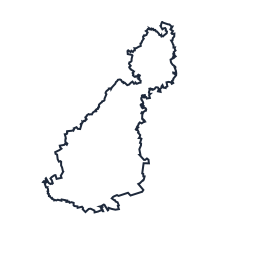 outline of Cienaga De Oro, Córdoba, Colombia, rotated 224°
{"feature_id": "7082276B90107957997642", "entity_name": "Cienaga De Oro", "entity_type": "district", "adm_level": 2, "iso_a3": "COL", "parent_name": "Colombia", "parent_adm1": "Córdoba", "projection": "mercator", "projection_center": [-75.574, 8.811], "detail": "fine", "context": "isolated", "style": "outline", "palette": "slate", "viewbox_px": 256, "rotation_deg": 224, "n_neighbors": 0, "source": "geoboundaries", "source_scale": "gbopen_adm2", "svg_char_len": 5959}
<svg xmlns="http://www.w3.org/2000/svg" viewBox="0 0 256 256"><g transform="rotate(224 128 128)"><path d="M85.2,105.6L86.2,105.2L92.3,113.5L88.4,117.1L91.2,119.4L93.2,119.2L93.5,117.0L94.3,116.2L101.0,116.6L100.4,117.3L105.1,120.6L106.6,124.5L107.8,125.9L109.0,125.6L110.9,129.6L111.9,129.3L113.1,128.4L113.2,129.4L114.3,131.4L117.4,131.6L117.6,131.7L117.6,132.5L120.2,133.4L120.6,132.4L121.4,132.4L121.7,133.8L121.1,134.6L121.1,135.6L122.3,135.3L122.9,138.2L123.3,138.5L123.4,140.2L121.4,140.8L121.1,142.5L120.2,144.3L121.4,144.3L121.4,144.8L123.2,144.8L123.4,144.3L124.2,144.4L126.8,147.3L127.4,148.5L127.9,148.4L128.6,147.9L129.0,148.9L127.8,149.8L128.1,150.4L127.6,151.9L127.8,152.6L127.2,153.0L127.8,154.0L128.7,154.4L131.2,154.0L131.3,153.3L130.8,153.2L131.3,152.3L132.5,152.5L132.3,154.8L133.7,154.8L133.4,153.2L134.3,153.0L135.0,153.5L135.0,154.4L133.9,155.8L134.3,156.5L135.8,157.3L138.1,157.7L138.2,158.2L139.2,158.6L139.8,160.5L140.5,161.0L140.3,161.5L138.2,160.8L137.7,161.1L138.1,162.2L138.5,162.1L139.2,162.9L138.8,163.4L137.0,162.1L136.3,162.9L135.0,162.2L133.1,164.8L135.7,166.3L135.6,168.2L136.3,167.5L137.6,168.0L138.4,169.3L138.5,170.1L139.9,171.1L139.3,172.0L138.4,171.9L138.1,172.0L138.5,172.3L137.3,173.1L136.7,172.8L136.4,173.2L136.0,174.7L136.3,176.4L135.8,177.1L134.6,177.9L132.9,177.5L131.9,175.2L129.7,176.6L132.0,178.2L131.9,180.6L132.8,181.2L133.0,182.8L130.5,181.7L128.8,182.8L129.3,183.2L128.6,185.3L132.0,187.6L131.0,189.2L128.9,190.7L127.2,190.2L126.7,191.8L127.4,192.1L128.4,191.7L129.1,192.5L128.9,194.1L129.7,195.1L129.9,198.4L130.4,199.2L130.1,199.5L130.3,199.8L131.0,200.2L131.6,199.3L132.5,199.3L133.3,198.8L134.0,199.3L131.7,201.2L133.2,202.4L136.5,203.9L136.0,204.5L136.3,204.8L138.3,204.8L139.7,204.5L141.7,204.8L142.8,205.2L144.7,206.6L144.9,206.8L143.9,209.7L144.7,209.7L144.9,210.4L143.9,210.4L143.5,212.6L145.1,212.6L145.6,211.8L146.9,212.8L146.4,213.6L147.8,214.3L147.7,216.8L148.6,217.0L149.8,217.7L150.2,218.6L151.2,217.5L152.9,219.3L153.6,219.3L155.0,220.1L157.7,220.9L156.9,222.0L158.2,223.8L158.3,225.9L160.2,228.1L161.5,226.3L162.6,226.4L163.1,229.0L166.0,228.4L166.6,230.2L166.1,230.3L166.1,230.6L166.5,231.9L167.2,231.2L170.0,231.3L171.4,230.3L175.8,228.2L176.9,228.1L177.1,227.8L176.4,226.0L175.3,224.4L175.5,224.0L171.8,222.9L171.4,224.7L170.7,225.7L169.4,225.4L168.5,224.2L167.0,224.5L166.0,223.0L166.5,219.2L166.4,218.3L167.4,217.7L167.5,217.3L168.2,217.8L168.1,217.5L168.5,217.6L168.8,217.2L169.4,217.3L170.1,216.7L171.2,217.3L174.3,217.5L174.8,217.0L176.3,217.4L176.5,217.0L177.0,217.1L177.7,216.1L178.8,216.7L179.2,216.1L179.9,216.0L179.8,215.2L180.4,215.3L180.6,214.8L181.5,214.6L180.6,214.3L182.5,213.1L182.2,211.4L182.5,210.2L180.3,210.4L179.4,207.7L180.2,205.8L180.8,205.8L180.6,204.2L179.2,203.0L178.7,203.1L178.2,199.9L177.9,199.7L177.4,198.1L177.7,197.4L175.8,195.9L176.8,193.7L177.5,191.1L178.7,189.9L178.0,189.7L177.1,188.7L177.6,188.3L177.3,186.1L179.2,185.9L178.9,184.4L181.8,184.0L181.8,183.0L179.5,181.0L176.0,183.3L175.2,183.3L173.4,180.2L172.0,178.7L172.0,177.3L172.6,176.2L171.9,174.9L169.3,174.6L169.4,172.6L168.7,172.3L167.0,172.3L166.8,172.0L164.0,172.7L163.4,172.3L163.0,172.6L162.8,171.7L163.0,170.9L162.5,170.5L161.5,170.5L161.0,169.3L158.8,169.4L158.1,170.2L158.2,170.7L157.2,171.1L157.6,172.6L157.5,173.6L156.0,174.0L155.2,171.6L154.5,171.6L154.8,170.5L151.7,170.8L150.5,169.3L151.3,168.4L152.4,165.9L154.2,165.9L153.8,165.1L154.4,164.0L157.0,164.5L157.4,162.5L157.4,160.0L158.3,158.3L161.8,158.3L162.4,157.2L163.4,157.9L164.1,157.1L166.4,157.7L167.5,157.3L168.7,155.7L168.4,154.1L168.6,152.7L167.9,151.0L167.8,146.0L167.3,144.3L167.9,144.7L169.1,143.2L168.7,143.0L169.1,139.7L168.8,138.1L168.2,137.4L167.0,137.3L165.3,132.9L164.2,131.6L164.3,130.6L165.1,129.2L164.7,128.3L165.0,127.3L165.1,124.8L164.8,124.2L163.6,123.3L163.8,122.7L163.3,122.3L163.6,121.7L162.9,120.9L163.7,119.7L163.7,119.0L163.5,118.9L163.6,118.3L163.3,118.2L163.6,118.0L163.5,117.4L163.1,117.3L163.6,116.8L164.0,114.7L163.4,112.7L164.6,111.7L165.0,111.0L166.0,110.6L166.4,108.3L165.9,107.7L166.1,106.1L164.3,105.7L164.6,105.3L164.1,105.0L164.3,104.7L163.8,104.2L163.8,103.0L164.3,102.6L164.6,102.6L164.9,102.0L164.8,101.0L165.2,100.9L164.5,100.4L164.6,99.3L164.3,99.1L164.8,98.1L164.6,97.7L163.6,97.6L161.7,94.0L163.5,92.5L165.6,92.8L166.6,90.4L166.2,90.4L165.5,88.3L166.0,88.3L166.4,87.1L169.6,83.4L168.5,82.0L168.2,82.1L167.9,81.1L169.1,79.6L166.1,77.8L165.5,76.9L165.3,77.0L164.7,75.8L163.4,74.5L160.8,74.6L160.4,73.4L162.3,73.2L162.2,71.5L164.8,67.9L163.4,67.0L161.5,66.9L162.0,64.4L163.6,60.1L162.2,59.1L160.5,59.6L156.9,56.7L154.3,55.8L153.6,57.2L152.7,57.3L150.1,54.6L148.0,53.8L144.8,51.7L144.3,51.7L143.2,47.0L141.2,46.0L144.0,41.8L147.4,43.7L148.1,42.9L148.8,39.4L148.7,37.8L146.6,37.5L143.7,36.0L143.8,35.0L144.7,34.7L144.9,33.8L146.9,33.4L152.1,34.9L152.1,34.4L150.8,33.5L148.8,33.4L148.9,32.6L150.8,32.4L151.3,31.2L151.6,31.1L151.5,30.1L149.6,31.2L148.9,30.6L148.8,29.9L145.8,28.4L144.9,29.4L144.7,28.9L143.3,28.6L141.5,27.1L141.8,26.5L140.6,26.0L140.3,25.2L139.1,25.1L138.9,25.4L137.6,24.1L136.9,24.8L135.9,24.3L134.1,24.4L134.0,24.9L133.1,24.7L133.0,24.4L131.3,25.1L130.8,24.7L130.2,25.7L129.3,26.1L128.7,27.6L125.5,29.4L126.1,29.9L126.2,30.4L122.7,32.7L122.3,32.4L121.2,33.7L120.3,33.2L120.3,32.8L119.1,34.1L118.1,33.7L117.1,35.4L115.1,36.4L113.4,34.6L112.4,34.6L109.9,36.5L108.8,35.6L106.4,39.4L104.7,39.2L104.2,38.1L100.2,38.0L100.0,42.5L98.8,44.0L94.8,45.3L93.4,44.1L91.5,47.1L89.9,50.8L88.4,50.6L88.2,50.8L89.8,51.2L89.6,51.5L90.2,51.7L90.9,51.8L91.0,51.4L92.1,51.8L91.7,53.0L93.7,52.0L92.9,53.3L92.3,56.0L91.6,56.4L85.3,54.7L85.2,55.2L86.5,57.1L83.3,58.6L80.3,60.5L78.2,63.3L81.2,64.9L80.8,65.9L83.9,67.3L85.9,66.5L87.2,67.0L87.9,66.5L90.8,66.1L90.9,68.0L90.5,69.3L89.3,72.1L87.6,72.6L83.0,81.4L79.3,81.2L73.5,92.0L73.9,94.1L81.7,94.9L81.1,96.6L81.0,100.5L80.7,100.5L80.6,101.0L80.9,102.0L82.4,104.7L83.4,103.9L85.2,105.6Z" fill="none" stroke="#1e293b" stroke-width="2"/></g></svg>